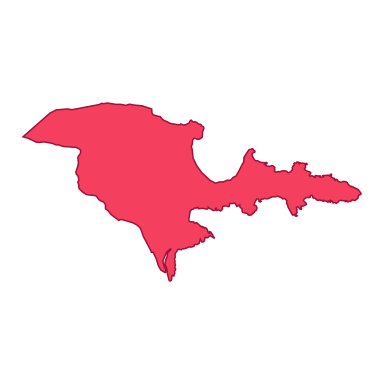 Village, Saint Lucia
{"feature_id": "8701671B40321186165087", "entity_name": "Village", "entity_type": "district", "adm_level": 2, "iso_a3": "LCA", "parent_name": "Saint Lucia", "parent_adm1": "", "projection": "albers", "projection_center": [-60.893, 13.818], "detail": "fine", "context": "isolated", "style": "filled", "palette": "rose", "viewbox_px": 384, "rotation_deg": 0, "n_neighbors": 0, "source": "geoboundaries", "source_scale": "gbopen_adm2", "svg_char_len": 6081}
<svg xmlns="http://www.w3.org/2000/svg" viewBox="0 0 384 384"><path d="M118.8,220.4L120.5,219.6L122.1,219.6L132.6,222.7L136.7,224.8L139.7,227.4L140.9,229.4L143.3,236.3L150.4,249.8L151.3,252.2L150.9,252.4L153.0,252.2L154.7,255.4L156.3,258.9L158.0,264.6L159.2,267.3L161.0,270.2L165.0,272.5L165.6,272.4L165.7,270.0L165.4,268.3L164.6,267.6L163.1,262.7L163.0,260.6L166.5,252.3L169.8,249.2L170.5,248.9L170.9,249.2L170.6,250.0L168.7,251.5L167.6,253.1L167.0,256.9L165.8,259.6L165.0,262.7L165.2,264.6L166.8,268.9L167.5,273.9L168.8,279.3L169.3,280.7L170.3,281.0L171.2,280.4L171.7,279.1L171.9,275.5L172.1,275.3L173.8,276.0L174.8,273.2L174.6,271.4L175.6,269.7L175.6,269.0L174.7,267.2L175.5,265.1L175.0,264.0L175.0,260.9L174.5,258.9L175.2,257.4L175.1,253.8L178.2,249.2L181.2,249.8L182.6,248.6L183.7,248.9L186.5,248.1L189.2,246.8L190.4,247.2L193.2,246.6L194.1,246.1L194.1,245.0L194.7,244.6L197.5,244.4L199.1,243.4L200.3,239.1L201.6,241.8L203.0,242.1L204.5,240.8L204.9,237.8L205.3,237.2L205.8,237.2L206.4,237.8L207.8,237.6L210.3,235.3L211.3,236.6L212.3,236.5L213.0,237.7L214.2,238.0L214.4,237.6L212.8,236.1L212.9,235.0L210.5,231.9L209.5,231.6L209.4,233.3L208.9,233.4L208.0,232.1L207.3,229.6L206.3,228.2L204.5,227.5L204.2,228.0L203.9,227.3L202.2,226.5L202.1,227.1L201.7,227.2L197.0,222.9L196.0,222.7L195.1,223.3L194.0,222.9L193.9,222.2L193.3,221.7L190.3,221.8L189.1,221.1L188.8,219.3L190.1,211.5L191.5,209.6L193.6,209.0L194.5,207.9L196.1,208.2L197.0,207.5L198.0,207.4L198.2,208.6L198.6,208.8L202.6,208.3L206.9,209.2L208.0,208.4L208.2,207.2L209.4,208.4L211.1,209.0L212.6,210.3L213.5,210.5L215.3,210.2L215.8,209.4L215.6,208.4L216.1,208.1L216.9,210.5L218.6,209.9L220.6,211.0L221.8,210.0L222.5,208.9L222.5,206.9L222.8,206.4L226.0,205.8L227.9,206.6L228.9,206.6L229.3,206.2L229.6,203.6L232.8,203.5L234.4,203.0L236.0,204.3L236.0,205.1L236.8,205.7L236.9,206.4L238.4,205.9L239.8,204.9L240.1,207.5L242.0,208.7L242.1,211.0L242.6,212.4L247.7,213.6L248.0,214.8L249.6,215.4L251.9,214.6L252.2,213.8L253.0,213.6L253.3,212.8L254.2,212.5L254.8,211.3L256.5,210.1L257.0,208.0L256.5,206.2L255.3,205.3L254.4,205.3L254.0,204.4L255.6,200.9L257.0,198.8L258.0,198.9L258.7,199.5L259.0,200.0L259.0,201.5L260.3,202.0L261.2,201.3L260.2,200.5L261.3,199.2L263.4,199.0L264.6,198.4L265.5,198.8L267.8,198.8L272.3,196.8L275.7,196.8L277.4,196.1L281.6,197.8L282.5,198.8L284.8,198.7L286.9,200.6L286.5,202.1L286.6,203.4L287.6,205.0L288.0,207.0L291.8,213.9L292.9,215.2L294.1,214.5L294.6,214.8L295.4,216.1L296.7,216.2L297.3,215.8L295.5,214.4L297.2,212.6L296.7,210.6L297.1,209.7L296.3,208.1L296.5,207.3L298.0,206.8L300.0,209.2L301.3,209.4L301.6,208.4L300.9,207.1L300.9,206.3L303.9,205.9L304.7,205.2L306.4,204.5L306.2,203.3L303.6,200.8L303.7,200.0L304.4,198.8L306.7,197.3L308.8,197.7L309.9,197.5L310.3,196.8L310.1,196.2L311.2,195.3L311.9,195.3L312.5,195.9L312.8,197.4L313.3,198.1L314.5,198.0L317.5,200.4L319.3,200.0L320.3,200.4L321.1,200.1L322.4,201.0L323.6,201.3L323.9,201.0L323.4,200.4L323.6,200.2L324.8,201.0L326.1,201.1L328.0,202.2L328.3,202.0L328.3,201.3L330.7,202.3L331.0,201.6L329.8,200.5L330.3,200.2L332.5,201.5L333.1,203.0L335.1,202.5L336.1,203.4L338.1,202.2L339.1,200.7L340.2,200.3L343.1,200.7L345.9,200.6L346.1,200.7L345.3,201.2L345.3,201.6L347.0,201.4L347.5,201.8L350.8,201.2L352.2,199.9L355.0,200.5L357.8,198.4L358.7,195.2L360.8,194.4L361.0,193.3L358.2,189.5L352.2,186.6L351.5,186.3L351.0,186.8L348.0,184.1L347.2,182.5L345.7,181.6L343.4,181.4L341.2,182.2L340.2,182.2L337.7,181.0L337.6,180.1L336.3,179.3L335.5,179.5L335.2,180.3L334.8,180.1L334.4,179.6L334.3,178.4L332.8,178.0L331.2,176.9L331.6,174.7L331.3,174.2L330.3,174.4L330.3,175.6L330.0,176.0L328.1,175.1L325.8,175.5L323.2,175.5L322.8,175.7L323.3,176.4L323.2,177.0L321.3,177.2L319.9,177.0L320.5,176.1L319.9,175.8L318.4,176.1L315.8,175.5L314.6,176.3L315.3,177.0L315.3,177.3L314.7,177.3L312.1,175.7L310.1,176.2L309.5,175.8L309.4,175.0L310.6,173.8L310.7,172.7L309.8,172.0L306.1,170.7L304.5,169.1L304.7,168.4L305.5,167.7L305.4,165.1L307.2,164.3L306.5,163.4L304.9,163.6L302.2,163.0L301.4,163.4L299.8,162.7L299.2,163.8L298.4,162.2L297.5,162.0L297.0,162.0L296.2,163.1L294.5,162.9L293.9,163.5L294.3,165.3L293.2,165.7L293.0,166.6L292.2,167.6L292.6,169.5L292.3,169.9L291.5,170.4L290.8,171.7L288.8,172.6L287.6,172.5L286.8,171.3L285.0,170.8L281.9,170.9L280.1,171.8L278.2,171.5L277.1,172.0L274.7,171.8L274.4,171.3L274.9,170.0L274.3,168.4L274.9,167.9L274.8,167.5L273.4,166.1L271.8,165.6L269.6,166.4L266.7,166.0L264.7,164.5L266.9,163.8L267.1,163.1L266.6,162.5L264.7,162.7L260.9,162.4L259.2,161.8L257.7,160.7L255.9,160.9L254.5,159.8L253.0,157.3L251.9,154.1L252.8,153.1L254.8,152.2L255.0,151.2L254.5,150.6L253.5,150.4L253.1,149.1L252.3,148.7L250.8,149.4L249.8,149.4L248.8,149.9L245.1,155.5L243.9,157.7L243.7,162.1L242.5,163.8L238.9,171.0L236.0,176.0L233.1,177.4L230.9,179.9L230.2,180.3L227.2,180.2L223.1,181.9L219.5,181.9L215.6,183.2L210.0,180.3L201.7,172.6L196.7,165.6L193.1,158.2L192.2,149.7L191.3,146.3L192.4,143.9L192.4,141.5L192.7,140.1L193.7,138.5L194.2,138.3L195.1,138.4L197.7,139.4L199.7,139.0L202.0,137.5L202.4,136.5L202.6,131.6L203.8,128.9L203.6,127.0L201.7,125.8L200.9,124.5L198.6,123.9L196.2,122.1L194.9,121.8L193.1,122.0L191.1,120.1L190.4,120.5L189.0,123.2L187.6,123.6L186.1,124.7L183.2,125.0L180.8,123.9L180.1,124.6L179.0,124.9L170.2,123.4L166.4,121.3L164.2,120.7L162.0,118.9L160.1,116.5L158.5,116.4L153.2,114.8L152.0,113.3L151.7,109.0L142.1,105.8L133.5,105.0L130.3,104.3L129.1,104.3L126.4,105.2L125.1,105.2L120.4,104.3L116.1,104.4L107.3,103.0L103.6,103.7L102.0,103.3L100.7,103.7L99.6,104.5L71.9,109.7L67.7,108.9L56.3,109.9L50.1,113.0L23.0,136.8L28.2,138.3L36.4,142.2L39.0,142.4L44.3,141.9L52.4,143.4L56.0,144.9L58.3,144.8L63.4,146.5L76.2,147.4L80.0,149.4L80.6,150.9L80.6,152.5L80.1,153.9L78.5,156.0L77.8,157.5L78.4,162.4L78.2,164.7L75.8,172.3L76.5,174.3L77.8,175.7L78.5,178.0L78.8,180.3L78.0,181.6L77.9,182.4L78.7,184.8L78.7,187.1L79.2,188.7L83.0,192.4L86.0,194.3L87.2,194.7L95.2,195.6L96.2,196.0L98.7,199.5L100.3,200.7L103.1,201.8L104.5,203.2L105.5,205.0L105.4,208.2L105.9,209.2L107.9,210.5L111.0,214.5L118.8,220.4Z" fill="#f43f5e" stroke="#9f1239" stroke-width="1.5"/></svg>